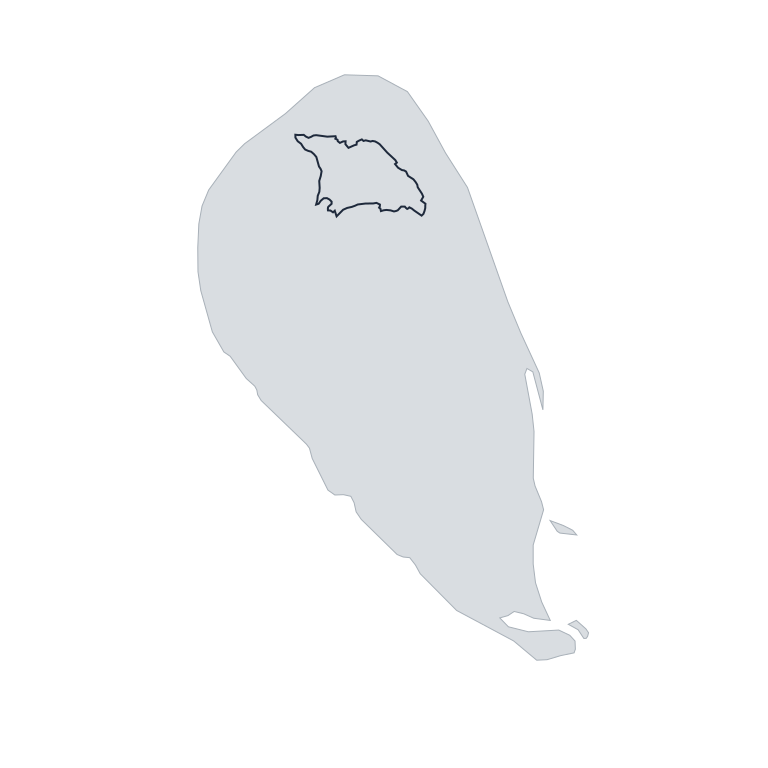 where Ratnapura sits in Sri Lanka, rotated 165°
{"feature_id": "LKA-2463", "entity_name": "Ratnapura", "entity_type": "District", "adm_level": 1, "iso_a3": "LKA", "parent_name": "Sri Lanka", "parent_adm1": "", "projection": "robinson", "projection_center": [80.592, 6.578], "detail": "fine", "context": "in_parent", "style": "outline", "palette": "slate", "viewbox_px": 768, "rotation_deg": 165, "n_neighbors": 0, "source": "natural_earth", "source_scale": "10m", "svg_char_len": 2712}
<svg xmlns="http://www.w3.org/2000/svg" viewBox="0 0 768 768"><g transform="rotate(165 384 384)"><path d="M270.0,75.1L283.5,75.9L297.9,75.5L308.0,77.7L325.3,102.3L372.5,146.5L398.1,191.3L400.5,201.1L404.1,209.6L410.2,211.9L415.4,215.8L441.0,259.1L444.0,267.7L443.6,277.1L445.1,284.1L451.8,287.6L460.2,289.5L465.6,296.0L472.6,330.6L472.6,341.3L474.5,346.0L506.9,399.8L508.8,406.3L508.4,411.2L509.4,415.4L515.6,424.9L525.4,450.6L530.4,456.4L536.3,478.8L536.8,521.6L534.6,540.7L528.6,563.9L521.4,586.6L513.7,603.0L503.1,616.8L466.8,646.3L456.4,652.2L409.2,670.7L374.4,688.2L342.2,692.9L310.0,683.2L285.7,660.3L273.3,626.5L264.8,591.3L252.5,552.2L243.1,431.3L238.6,397.5L231.2,354.5L232.0,335.8L237.2,317.9L237.1,357.2L241.9,362.0L245.5,357.0L248.7,316.4L251.4,299.2L264.2,254.4L264.5,246.4L262.3,229.6L262.4,221.2L281.6,189.8L286.5,171.5L289.1,152.8L288.1,132.6L284.6,112.6L300.0,119.0L308.5,125.9L317.2,130.6L324.2,128.2L332.7,128.1L326.7,117.3L308.7,107.3L278.9,101.1L269.6,93.2L266.0,86.3L267.8,78.3L270.0,75.1ZM254.8,196.9L258.9,209.1L247.3,200.8L239.6,193.9L236.9,188.3L252.7,194.5L254.8,196.9ZM268.2,104.2L259.4,105.9L252.4,95.3L250.8,90.8L252.6,87.6L254.5,86.0L256.8,86.5L260.1,96.4L268.2,104.2Z" fill="#d9dde1" stroke="#a8b0b8" stroke-width="1"/><path d="M403.1,574.9L400.8,578.8L399.3,582.9L396.7,586.4L395.4,590.0L394.0,596.9L391.3,601.2L389.2,605.7L389.6,608.4L390.5,610.9L390.6,620.8L392.2,624.2L394.2,627.2L396.9,628.8L399.5,630.9L400.8,633.8L401.9,637.5L404.5,640.8L405.8,644.9L405.1,647.7L402.2,646.6L397.0,645.4L395.4,643.2L393.2,641.3L390.5,641.6L387.8,642.3L385.1,641.9L374.8,637.6L366.7,635.9L366.7,634.4L367.5,633.5L365.7,632.0L365.8,630.5L364.2,628.3L360.8,628.9L358.3,628.4L359.2,625.6L357.2,621.3L351.0,622.3L348.6,622.3L347.6,624.9L344.8,625.6L342.1,626.0L340.9,624.1L338.6,624.1L334.2,621.7L332.1,621.7L329.8,620.6L327.8,618.7L326.1,616.7L321.0,606.7L315.1,597.3L314.3,594.5L316.4,593.6L314.4,589.2L311.3,586.0L309.3,585.1L307.7,583.5L306.9,578.8L302.6,574.1L301.2,570.9L300.3,567.9L300.5,565.3L298.1,558.0L297.6,554.7L300.7,551.6L297.3,547.4L298.0,545.5L298.6,543.3L300.1,540.6L301.9,538.1L304.1,536.9L309.9,543.7L311.7,546.2L313.8,548.1L314.9,547.4L316.3,547.1L317.3,548.5L318.0,550.0L321.5,550.9L325.8,548.2L327.6,548.0L329.7,548.1L332.7,550.0L336.6,551.5L339.4,551.9L342.2,551.8L342.1,554.4L343.1,555.6L342.0,556.8L341.5,558.4L344.4,560.9L347.8,561.2L355.1,563.1L362.9,564.2L365.8,563.7L369.3,563.4L374.0,563.6L378.4,562.9L386.4,558.2L386.7,564.1L387.8,563.5L388.8,563.0L390.8,565.4L393.2,566.2L392.9,567.7L392.4,569.0L391.9,569.6L388.0,571.6L387.4,573.7L388.9,576.3L391.0,578.3L394.2,579.0L397.6,577.4L400.5,575.0L403.1,574.9Z" fill="none" stroke="#1e293b" stroke-width="2"/></g></svg>